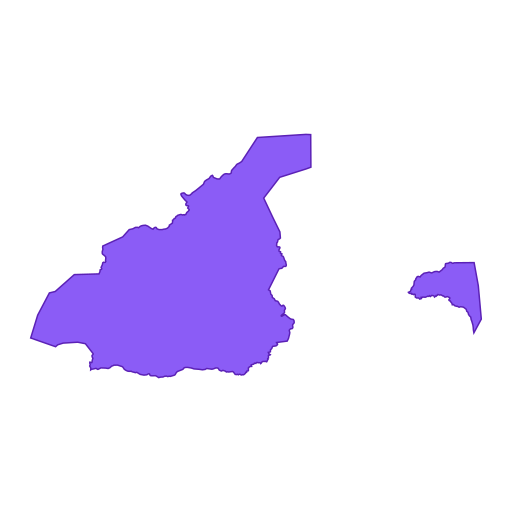 Gracias, Lempira, Honduras
{"feature_id": "27666195B65386405180850", "entity_name": "Gracias", "entity_type": "district", "adm_level": 2, "iso_a3": "HND", "parent_name": "Honduras", "parent_adm1": "Lempira", "projection": "mercator", "projection_center": [-88.54, 14.629], "detail": "fine", "context": "isolated", "style": "filled", "palette": "violet", "viewbox_px": 512, "rotation_deg": 0, "n_neighbors": 0, "source": "geoboundaries", "source_scale": "gbopen_adm2", "svg_char_len": 6087}
<svg xmlns="http://www.w3.org/2000/svg" viewBox="0 0 512 512"><path d="M30.7,338.0L55.6,346.7L57.7,344.8L63.2,343.1L77.7,342.2L85.4,343.7L93.1,353.6L93.0,354.5L92.3,355.1L92.0,355.6L92.1,356.8L92.9,358.3L92.3,360.1L92.0,362.2L91.7,362.6L89.9,362.1L89.8,362.4L89.8,363.2L90.2,364.6L89.7,366.0L90.8,368.1L90.7,369.9L91.7,369.2L92.7,369.1L95.8,368.4L96.4,368.5L97.4,369.3L98.2,369.3L100.9,367.9L105.8,368.1L108.1,368.5L109.8,367.8L111.7,366.1L112.8,365.8L113.8,365.2L117.5,365.1L122.2,366.6L123.0,367.3L124.3,369.3L126.0,370.4L127.6,371.1L128.8,371.3L131.4,371.3L132.1,371.8L134.7,372.4L135.2,372.7L136.8,372.3L140.2,374.4L144.0,375.1L146.8,374.8L148.5,373.8L149.1,373.8L149.5,373.9L150.0,375.2L150.4,375.6L151.9,375.8L155.4,375.7L156.4,376.1L158.7,377.6L160.5,377.1L163.0,377.0L164.5,376.3L165.4,376.2L166.4,376.1L167.8,376.6L169.1,376.2L170.3,376.4L174.3,375.2L175.1,374.7L176.3,372.6L177.4,371.5L182.3,369.6L182.9,369.3L184.3,367.7L185.8,367.4L187.7,367.4L191.3,368.0L194.0,368.9L199.1,369.3L202.4,369.8L205.2,369.4L206.7,368.5L211.9,369.2L213.6,368.8L215.6,368.0L217.0,367.9L218.2,368.3L219.3,370.1L221.0,370.9L221.7,371.0L222.6,370.4L223.1,370.4L225.2,371.1L226.4,372.0L227.4,371.8L228.7,372.0L232.5,371.5L233.5,372.1L235.2,374.4L236.5,374.6L237.5,374.3L238.3,374.8L239.1,374.3L239.9,374.2L240.6,374.7L241.6,375.0L242.5,374.7L243.4,374.8L243.9,374.6L245.0,373.7L245.7,372.9L245.7,372.4L246.6,372.2L246.6,371.5L246.8,371.1L248.0,370.9L248.4,370.6L248.4,367.9L248.8,367.7L249.3,366.9L250.4,366.5L251.6,366.4L251.1,365.0L251.2,364.8L253.5,364.2L254.0,363.9L254.4,363.2L255.9,363.4L256.3,362.7L257.0,362.4L258.2,362.8L258.8,362.6L260.2,362.8L260.7,363.6L261.3,363.0L262.0,361.9L263.0,361.4L264.2,361.5L265.3,361.3L266.4,361.8L266.8,361.7L267.7,359.7L268.0,359.5L267.7,358.6L268.5,358.0L268.4,355.4L268.7,355.2L270.0,355.0L270.3,354.7L269.6,354.3L268.8,353.5L268.3,352.4L270.0,352.0L270.4,351.8L270.5,349.8L271.7,348.6L272.6,346.4L275.9,345.9L276.8,345.4L277.6,344.2L276.6,342.5L287.2,341.1L288.5,338.4L289.6,334.0L289.8,332.5L289.3,330.7L289.3,330.2L289.6,329.7L290.6,328.8L292.0,328.7L292.6,328.1L292.9,327.2L292.6,325.7L292.7,324.6L294.1,322.9L294.2,322.2L294.0,320.6L293.3,319.5L291.1,319.1L290.2,318.7L287.6,316.7L285.4,314.7L284.5,314.7L281.9,316.2L281.4,316.2L281.2,315.7L281.5,315.2L283.9,313.3L284.5,312.5L284.4,310.3L285.4,308.7L285.1,307.4L283.9,305.6L283.5,305.3L282.9,305.3L281.9,306.1L281.0,305.7L279.4,304.0L278.5,302.3L277.8,301.4L277.4,301.2L275.3,300.7L274.3,298.8L272.3,297.4L272.2,295.9L272.0,295.3L270.8,294.2L270.2,290.9L268.5,289.8L278.9,269.0L279.7,268.6L281.8,268.3L283.6,266.4L285.7,266.4L286.2,265.7L286.3,264.9L285.9,263.2L285.7,261.6L284.7,260.4L283.5,257.0L283.0,256.3L281.8,255.8L281.4,255.4L281.4,254.9L281.9,254.2L281.9,253.8L280.5,253.3L280.5,251.7L279.3,251.4L279.0,251.0L279.0,249.7L279.9,248.0L279.9,247.3L279.3,246.9L277.3,246.8L276.6,245.6L276.8,242.8L277.1,242.6L277.5,242.0L278.0,239.8L278.4,239.4L279.5,238.9L280.4,238.0L279.9,231.9L272.5,216.8L263.7,198.1L279.7,177.3L305.9,169.0L310.9,167.2L310.7,134.6L305.9,134.4L257.4,137.5L241.7,161.5L239.5,163.0L237.2,164.1L236.6,164.6L235.2,166.6L234.4,167.3L231.8,170.2L231.4,171.0L231.3,172.6L231.1,173.1L229.8,173.9L229.0,174.0L226.0,173.7L224.6,174.0L223.8,174.4L222.4,175.6L220.8,177.3L219.8,178.8L219.3,179.0L217.1,178.9L213.9,177.6L213.4,177.3L212.8,175.8L212.3,175.3L210.7,176.2L209.1,178.5L206.4,180.0L204.6,181.4L203.4,184.3L195.7,190.6L192.1,193.0L192.0,193.4L190.0,195.1L188.9,195.4L187.2,195.2L185.8,194.5L184.5,193.2L183.9,192.9L182.0,193.2L181.1,193.7L180.9,194.0L181.0,194.7L181.6,196.0L184.9,200.0L186.9,201.9L186.9,202.3L186.0,203.5L185.8,204.9L186.6,205.6L188.0,205.7L188.5,206.0L188.5,206.5L187.7,208.0L189.2,209.6L189.2,210.0L188.2,211.3L186.8,212.5L185.7,214.6L184.9,214.6L184.5,215.0L183.6,214.7L182.7,215.0L181.2,214.5L180.4,214.5L177.7,215.3L177.0,216.0L175.9,216.6L175.5,217.9L175.0,218.3L174.2,218.5L173.6,219.5L172.5,220.3L172.7,221.2L172.5,221.8L172.4,223.1L169.3,225.2L169.3,226.3L167.4,228.2L165.2,229.1L164.1,229.1L162.1,229.6L159.1,229.6L157.1,228.9L156.2,227.5L155.4,227.3L154.3,227.7L153.0,229.2L151.0,228.3L147.8,226.1L145.5,225.2L143.1,225.4L141.4,225.8L140.3,226.3L138.6,227.7L137.3,227.3L135.4,227.4L132.8,228.8L129.2,229.6L122.7,236.9L102.8,246.0L102.6,247.3L102.9,249.3L102.2,251.8L102.3,253.5L102.6,254.1L104.7,255.8L105.7,256.9L105.8,258.5L105.5,260.4L105.8,261.5L105.3,262.3L104.4,262.4L103.6,262.2L102.8,262.7L102.3,264.9L101.1,267.4L101.7,268.5L101.7,269.0L101.3,269.4L100.1,269.9L100.0,271.6L99.0,273.9L74.3,274.6L55.2,291.5L49.4,292.9L37.7,315.1L30.7,338.0ZM474.1,262.6L454.0,262.8L453.5,263.2L452.8,263.3L452.3,263.2L451.2,262.5L449.9,262.3L448.4,263.2L446.1,263.5L445.6,263.7L445.4,264.2L445.2,266.3L444.8,267.3L443.3,268.2L442.2,269.7L439.1,272.1L437.1,271.4L435.3,271.5L434.3,271.7L431.8,272.9L431.1,272.8L429.1,272.1L426.9,272.7L424.0,273.2L421.1,275.5L420.2,276.9L418.2,276.4L417.2,276.7L415.8,278.8L415.6,279.9L414.3,281.3L413.9,285.0L413.1,286.4L411.4,288.2L411.3,288.7L411.7,289.1L411.6,289.4L410.9,289.8L410.4,291.4L408.4,292.3L408.8,292.9L409.4,293.3L410.2,293.5L411.5,293.4L411.6,294.0L411.8,294.2L412.7,294.1L413.6,294.6L414.2,294.2L415.0,294.3L415.2,294.6L415.3,297.1L416.7,298.0L418.7,298.0L419.7,299.1L421.3,298.6L421.3,298.4L421.0,297.9L421.2,297.3L421.9,297.7L422.7,297.1L425.5,297.2L427.7,296.2L428.8,296.4L429.4,295.7L430.4,296.5L431.8,295.4L433.5,295.7L434.3,296.3L434.5,297.0L435.5,296.3L436.1,296.3L436.3,296.0L436.2,295.5L437.2,295.4L437.9,294.5L439.9,295.1L440.7,294.8L441.2,294.9L442.9,296.0L443.6,295.9L444.6,297.0L445.8,297.1L446.9,296.6L447.5,296.6L449.6,297.6L449.8,297.9L449.8,298.4L449.6,298.9L449.0,299.5L448.9,300.1L449.5,300.8L450.0,300.8L450.3,301.0L450.7,301.8L451.9,303.3L452.3,304.8L453.4,304.5L454.8,305.8L456.7,306.3L457.4,306.3L459.1,307.2L460.7,306.7L463.2,307.1L464.1,307.6L466.3,309.4L466.7,311.2L468.0,312.3L468.5,314.4L469.5,315.9L470.7,317.0L471.2,319.9L471.5,320.3L472.9,325.0L473.2,327.2L473.4,330.0L473.9,332.8L481.3,319.1L478.3,285.7L474.1,262.6Z" fill="#8b5cf6" stroke="#5b21b6" stroke-width="1.5"/></svg>